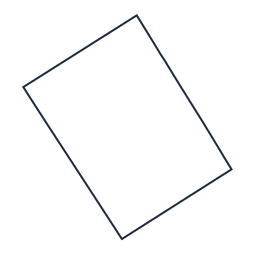 Preble, Ohio, United States of America, rotated 148°
{"feature_id": "52423323B89596948569542", "entity_name": "Preble", "entity_type": "district", "adm_level": 2, "iso_a3": "USA", "parent_name": "United States of America", "parent_adm1": "Ohio", "projection": "albers", "projection_center": [-84.757, 39.743], "detail": "fine", "context": "isolated", "style": "outline", "palette": "slate", "viewbox_px": 256, "rotation_deg": 148, "n_neighbors": 0, "source": "geoboundaries", "source_scale": "gbopen_adm2", "svg_char_len": 454}
<svg xmlns="http://www.w3.org/2000/svg" viewBox="0 0 256 256"><g transform="rotate(148 128 128)"><path d="M61.4,136.6L61.2,160.5L61.1,166.4L61.3,173.3L61.1,187.2L60.9,218.6L60.9,218.9L195.1,218.2L195.0,206.7L194.5,172.5L192.8,82.7L192.0,37.1L62.1,38.1L62.0,51.2L62.0,51.6L61.8,60.8L61.7,71.0L61.6,72.3L61.6,76.3L61.5,84.8L61.5,85.9L61.4,91.3L61.4,92.7L61.4,98.7L61.4,105.4L61.4,106.1L61.4,136.6Z" fill="none" stroke="#1e293b" stroke-width="2"/></g></svg>